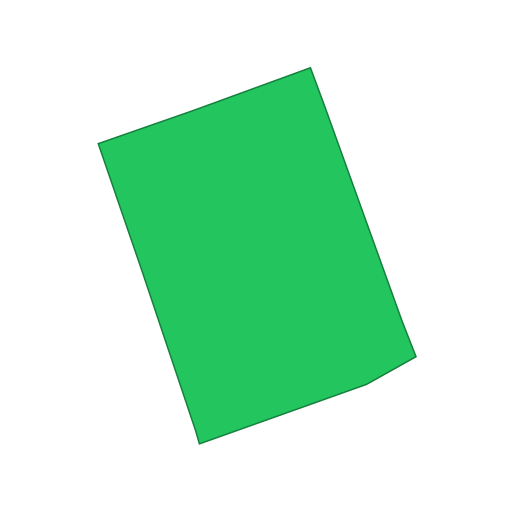 McLennan, Texas, United States of America (Albers equal-area conic projection), rotated 281°
{"feature_id": "52423323B56606150013880", "entity_name": "McLennan", "entity_type": "district", "adm_level": 2, "iso_a3": "USA", "parent_name": "United States of America", "parent_adm1": "Texas", "projection": "albers", "projection_center": [-97.233, 31.554], "detail": "fine", "context": "isolated", "style": "filled", "palette": "green", "viewbox_px": 512, "rotation_deg": 281, "n_neighbors": 0, "source": "geoboundaries", "source_scale": "gbopen_adm2", "svg_char_len": 300}
<svg xmlns="http://www.w3.org/2000/svg" viewBox="0 0 512 512"><g transform="rotate(281 256 256)"><path d="M151.1,389.0L187.7,432.3L219.5,412.1L417.7,293.9L451.2,273.5L387.3,167.4L336.2,79.7L220.0,146.7L72.9,230.1L60.8,236.3L151.1,389.0Z" fill="#22c55e" stroke="#15803d" stroke-width="1.5"/></g></svg>